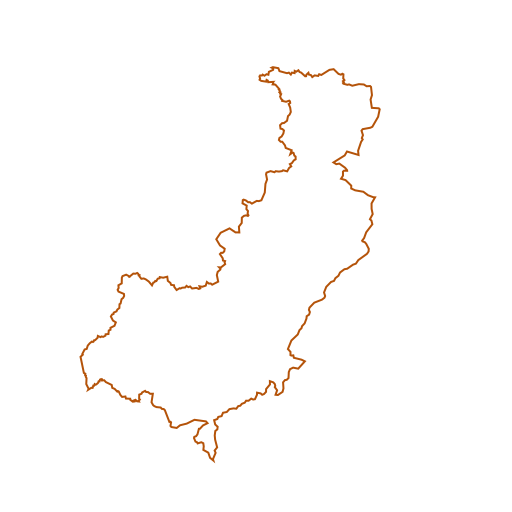 the district of Mzimba, Mzimba, Malawi, rotated 214°
{"feature_id": "42251766B77624810989827", "entity_name": "Mzimba", "entity_type": "district", "adm_level": 2, "iso_a3": "MWI", "parent_name": "Malawi", "parent_adm1": "Mzimba", "projection": "albers", "projection_center": [33.674, -11.849], "detail": "fine", "context": "isolated", "style": "outline", "palette": "amber", "viewbox_px": 512, "rotation_deg": 214, "n_neighbors": 0, "source": "geoboundaries", "source_scale": "gbopen_adm2", "svg_char_len": 6049}
<svg xmlns="http://www.w3.org/2000/svg" viewBox="0 0 512 512"><g transform="rotate(214 256 256)"><path d="M289.4,453.1L296.1,454.3L299.2,451.4L303.1,442.6L305.3,442.0L305.1,440.1L308.4,438.5L309.4,435.8L311.6,436.7L313.6,436.0L315.0,437.2L315.6,434.5L315.0,433.1L315.7,432.5L321.1,433.3L322.8,432.9L324.7,433.7L325.7,431.3L327.4,431.1L326.3,429.2L328.8,428.1L328.6,425.9L331.3,426.4L332.5,424.9L339.9,422.4L342.5,424.2L347.6,422.0L348.3,420.9L346.5,421.1L345.9,419.9L348.3,415.9L347.1,413.2L348.9,412.6L349.8,410.2L351.9,410.1L352.0,408.9L354.2,407.7L353.7,407.8L353.5,406.7L351.9,405.5L351.6,404.1L349.6,404.1L345.1,406.2L345.7,407.9L344.3,408.0L343.1,406.9L339.2,409.9L339.3,409.3L338.3,409.0L338.1,407.6L335.7,408.9L330.0,407.4L330.2,406.8L328.5,406.2L328.2,404.9L327.2,405.3L326.8,404.1L325.7,404.3L325.2,401.7L323.1,400.3L321.4,400.1L321.1,399.2L317.3,400.7L315.3,403.4L314.3,403.2L313.2,402.0L313.9,400.3L310.7,398.2L307.7,394.9L307.2,392.0L307.7,389.9L305.9,385.5L307.2,381.8L308.6,380.8L309.2,377.9L306.9,375.3L305.1,376.0L303.0,375.7L301.8,372.8L301.6,369.4L302.6,367.0L301.9,365.0L299.5,364.5L298.1,365.4L293.8,363.9L291.8,362.2L285.6,363.6L284.5,359.6L283.5,362.3L282.4,362.4L280.4,360.7L278.8,360.6L277.2,358.3L278.1,356.4L278.2,353.0L279.3,351.1L276.9,350.0L277.8,347.5L277.5,343.6L281.5,342.2L281.9,340.9L284.2,338.8L287.1,337.3L287.5,335.8L291.4,334.5L293.9,331.0L293.4,329.4L289.6,325.6L288.5,321.1L284.2,313.5L282.7,305.2L284.3,303.1L286.2,302.1L288.7,297.1L291.2,297.2L292.5,296.2L295.6,296.4L297.8,295.8L298.2,295.0L296.6,292.1L291.9,292.6L290.2,289.5L287.8,288.8L286.6,286.4L285.0,285.5L285.1,284.7L286.9,284.2L288.4,282.6L289.2,279.9L286.3,275.4L286.6,270.8L283.0,266.2L286.2,264.1L293.4,264.1L298.3,255.5L298.3,247.7L291.7,244.6L286.0,244.5L284.9,242.0L285.4,239.9L286.7,239.2L287.0,237.4L282.3,235.5L280.9,233.8L278.8,234.5L278.5,233.2L277.0,232.0L278.7,226.9L280.2,226.0L278.3,225.6L278.0,224.7L278.9,221.4L277.8,218.3L273.0,213.6L276.3,207.7L278.2,207.9L279.6,206.8L282.2,207.0L281.1,203.3L283.4,200.4L285.9,199.3L284.1,198.0L285.0,196.7L287.5,196.3L290.8,193.3L293.6,193.9L294.7,192.3L296.9,192.4L297.1,190.3L299.5,188.4L300.3,186.9L301.3,186.6L302.8,183.4L306.5,184.7L307.6,185.9L310.2,184.6L311.9,185.8L315.2,186.1L318.0,189.2L320.8,186.1L324.0,184.7L323.5,183.6L324.8,182.2L324.6,179.5L325.6,179.0L325.5,177.5L326.3,176.5L325.8,173.5L330.6,174.9L334.4,175.0L336.5,174.6L338.3,173.0L341.2,173.9L341.9,175.0L342.6,174.4L343.7,175.4L345.0,175.5L346.0,173.9L347.9,172.8L349.3,168.2L348.7,167.5L350.5,168.2L353.2,167.9L355.4,164.7L355.1,163.0L352.0,158.2L353.7,154.8L352.0,152.7L351.8,150.6L350.1,149.6L344.3,150.7L343.0,149.2L342.7,147.1L343.3,145.0L341.7,140.9L342.2,139.7L340.2,136.5L341.0,134.0L340.7,132.1L342.3,129.5L341.7,128.2L342.6,127.0L342.5,124.7L338.5,122.5L335.1,122.6L334.3,119.0L336.5,115.1L335.4,113.5L336.4,111.9L334.7,108.8L336.9,107.0L336.3,105.7L337.5,103.5L339.1,102.9L339.5,101.8L342.4,101.3L341.6,99.6L342.3,96.3L343.1,95.6L342.8,94.3L343.1,93.5L344.2,93.3L345.0,90.8L345.4,87.7L344.4,84.3L345.8,82.7L345.2,77.6L344.4,77.3L345.1,74.3L333.3,62.8L331.7,63.0L331.1,61.7L330.1,61.7L329.7,60.7L328.2,60.0L325.1,54.9L320.5,52.3L320.3,51.3L318.8,54.7L317.7,55.3L318.4,57.6L317.7,58.0L318.1,59.6L317.0,59.6L316.6,60.2L316.0,62.4L316.4,64.1L315.6,64.5L316.2,66.3L315.6,67.3L314.3,66.8L314.3,67.5L313.5,67.2L312.3,68.1L310.0,67.5L303.5,68.4L301.4,66.3L298.9,66.8L295.2,66.0L295.0,66.8L294.0,66.9L290.8,65.0L288.2,64.3L285.7,66.5L284.1,65.1L280.5,67.3L279.9,66.5L276.7,66.3L275.1,67.7L275.3,68.6L276.1,68.5L275.5,69.4L273.4,69.0L271.7,69.9L272.5,70.3L272.0,72.0L273.2,72.5L275.3,75.8L273.9,77.7L274.1,79.2L272.5,82.2L271.0,81.8L269.5,82.8L266.7,82.6L264.5,84.1L260.8,76.3L257.8,74.8L256.2,74.7L254.0,75.1L250.3,77.1L248.6,76.6L246.9,77.5L245.3,77.2L235.0,70.0L234.2,70.8L233.4,70.6L231.9,67.3L230.5,66.9L225.6,69.1L224.3,73.2L219.7,78.3L215.4,85.8L205.0,90.9L202.7,90.3L205.2,85.9L205.9,81.4L206.7,80.8L204.8,75.4L204.9,73.1L206.0,71.6L205.6,70.4L202.4,68.3L200.6,68.6L199.6,68.0L197.2,71.0L195.0,71.3L192.9,69.0L191.2,65.8L185.6,66.3L181.2,63.0L177.0,62.6L178.1,63.5L179.4,70.2L181.5,71.6L181.2,75.6L187.2,80.9L189.9,84.2L191.9,88.2L191.1,90.6L192.3,93.0L195.6,93.5L198.9,96.5L196.9,99.2L197.3,101.5L195.0,104.0L195.7,107.6L193.0,110.3L192.4,114.2L189.4,117.1L186.9,118.4L186.8,121.6L185.3,123.1L185.1,125.5L183.3,128.1L183.3,130.5L181.2,131.9L180.2,135.1L178.1,135.4L176.8,136.7L177.6,141.5L178.7,143.3L175.3,144.7L173.3,144.4L172.2,146.0L171.7,149.0L173.2,151.3L172.6,157.3L174.5,160.0L171.0,160.9L168.9,160.4L167.4,159.1L167.1,157.8L163.4,156.5L162.2,151.9L160.1,153.0L158.0,158.2L159.2,161.6L162.9,166.4L162.6,169.3L161.3,170.5L160.8,173.0L163.9,178.1L164.5,181.2L162.8,184.2L158.0,186.2L156.6,196.0L160.3,195.5L167.7,192.8L169.5,194.5L171.0,193.2L172.0,193.1L173.8,195.8L177.5,196.7L179.4,205.7L177.5,214.3L178.5,218.9L177.9,221.5L178.6,223.6L178.0,227.3L179.2,232.4L180.3,234.4L179.2,237.1L180.0,239.7L182.0,240.9L182.8,243.1L181.6,249.9L176.9,256.7L175.9,259.7L176.3,261.5L179.2,263.8L180.5,269.7L179.3,276.4L177.4,279.0L177.8,282.0L176.6,285.7L177.1,289.3L175.3,294.5L173.3,296.4L170.7,303.1L168.9,305.5L168.9,309.8L165.2,319.9L165.2,322.7L166.5,325.0L171.4,327.7L173.5,328.3L175.9,327.7L176.6,328.1L176.4,331.3L177.9,337.3L177.3,347.4L180.1,349.9L182.1,350.2L182.7,356.0L186.5,359.7L189.6,364.2L190.1,371.2L191.7,370.3L197.2,369.0L202.9,369.3L210.5,365.9L214.8,365.2L216.4,367.6L224.2,369.0L228.7,367.6L228.8,371.2L231.1,374.6L230.7,376.0L228.1,377.6L228.5,378.1L231.5,379.0L238.6,379.2L240.8,377.0L244.1,376.9L238.7,389.0L239.0,393.5L227.5,397.1L230.2,400.3L232.7,409.4L232.7,412.3L234.2,412.9L234.9,416.0L238.6,418.9L238.5,420.8L232.9,426.3L231.8,428.2L232.6,439.7L235.5,446.8L236.8,447.1L242.8,443.6L248.5,449.8L249.8,454.2L255.2,460.5L256.5,460.7L259.2,458.6L262.5,458.5L266.8,456.0L271.4,451.0L274.8,450.3L276.0,449.0L279.9,447.7L280.6,448.0L280.3,449.2L281.7,449.6L281.1,451.3L283.0,452.0L285.1,455.5L286.3,455.4L287.0,453.8L289.4,453.1Z" fill="none" stroke="#b45309" stroke-width="2"/></g></svg>